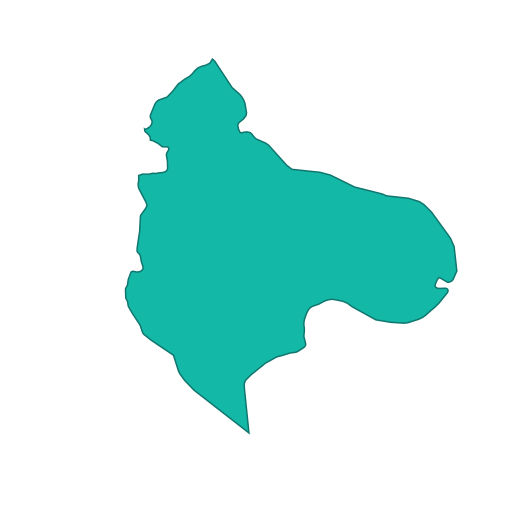 an SVG outline of Aleppo, rotated 38°
{"feature_id": "SYR-137", "entity_name": "Aleppo", "entity_type": "Province", "adm_level": 1, "iso_a3": "SYR", "parent_name": "Syria", "parent_adm1": "", "projection": "robinson", "projection_center": [37.495, 36.172], "detail": "fine", "context": "isolated", "style": "filled", "palette": "teal", "viewbox_px": 512, "rotation_deg": 38, "n_neighbors": 0, "source": "natural_earth", "source_scale": "10m", "svg_char_len": 3274}
<svg xmlns="http://www.w3.org/2000/svg" viewBox="0 0 512 512"><g transform="rotate(38 256 256)"><path d="M356.9,112.1L367.5,113.4L398.3,122.3L406.3,126.6L423.5,144.2L425.7,152.9L425.8,153.7L425.7,154.6L425.4,155.8L424.4,157.6L423.7,158.3L422.9,158.8L414.8,159.9L414.1,160.1L413.5,160.4L413.4,161.5L413.5,163.1L414.3,166.6L414.9,168.2L415.4,169.3L416.0,169.7L416.6,169.9L417.3,169.9L418.0,169.9L419.3,169.4L420.9,168.3L424.8,165.0L425.9,164.4L426.6,164.2L427.3,164.2L428.0,164.5L428.5,164.9L428.9,165.4L429.1,166.0L429.3,166.6L429.4,167.4L429.2,180.5L428.5,186.0L427.3,191.7L427.3,191.8L426.1,198.4L425.1,201.8L423.2,205.6L417.0,214.7L415.6,216.3L413.7,218.0L403.0,225.3L389.8,232.5L363.0,236.8L356.9,237.0L352.4,238.2L345.7,241.5L343.0,243.0L342.1,243.7L340.3,245.6L338.6,247.9L337.1,250.7L335.1,255.3L331.6,260.7L331.0,262.0L330.6,263.4L330.4,264.8L330.6,267.2L331.2,270.3L333.2,276.1L334.7,278.9L336.2,280.9L338.6,283.2L340.7,285.9L342.8,289.4L342.9,289.6L349.4,294.8L350.0,295.8L350.2,296.9L350.0,298.9L349.7,299.9L349.4,300.7L349.1,301.2L348.4,303.6L347.3,306.3L346.9,306.9L346.1,307.9L342.9,311.1L336.7,319.9L336.2,320.4L335.4,321.4L334.0,323.8L329.4,334.6L325.3,352.4L324.4,359.3L324.4,360.2L324.5,361.2L324.9,362.5L325.2,363.4L325.6,364.1L328.0,367.1L359.4,399.8L289.9,399.9L276.1,397.9L268.8,395.8L266.1,394.6L255.3,387.2L255.2,387.1L252.0,385.0L225.3,386.9L215.8,386.8L214.6,386.5L213.2,385.8L207.4,381.9L193.5,377.2L186.7,374.4L185.9,373.9L183.4,371.5L182.4,370.8L181.5,370.3L180.2,369.8L179.3,369.3L174.2,363.3L173.3,362.0L172.7,358.5L172.2,357.2L171.2,355.7L169.7,352.9L167.4,345.5L168.2,344.1L169.2,343.3L171.1,342.5L171.6,342.2L172.6,341.4L173.4,340.6L174.0,339.9L174.6,338.7L174.8,338.0L174.9,337.2L174.9,336.4L174.8,335.7L174.3,334.9L173.5,334.0L168.8,330.8L165.5,327.7L163.5,326.4L161.0,326.1L160.2,325.8L159.5,325.6L158.5,324.4L157.2,322.5L149.0,308.0L140.3,295.6L140.1,294.8L140.0,294.1L140.0,292.4L139.7,286.3L139.4,284.9L139.1,283.5L138.1,282.6L136.5,281.5L123.0,275.4L121.5,274.5L120.0,273.2L118.5,271.5L117.4,269.1L114.0,264.8L116.0,261.5L121.5,257.2L122.3,256.2L123.1,255.1L123.9,254.2L124.3,253.9L124.6,253.7L126.2,252.8L126.6,252.3L127.8,250.8L131.1,247.6L131.9,246.5L132.6,245.3L132.9,244.6L133.0,243.8L133.0,242.8L132.4,241.4L128.1,236.1L123.2,231.6L122.3,229.9L121.9,226.9L121.7,226.2L121.5,225.6L121.1,225.1L120.6,224.6L119.8,224.5L118.7,224.8L115.3,227.4L114.4,227.6L109.2,227.6L103.6,228.7L101.5,229.8L99.6,227.6L97.0,226.6L91.6,226.1L90.0,224.5L90.7,224.5L91.7,222.7L92.7,219.8L92.8,218.0L92.6,216.6L92.1,215.2L91.3,213.9L90.6,213.4L88.0,212.2L86.9,211.3L86.0,209.8L83.0,199.2L82.6,195.9L83.3,193.0L88.1,185.5L88.9,177.1L88.8,168.4L91.1,160.1L93.0,155.5L93.6,151.7L93.7,147.9L94.4,143.6L96.5,139.8L99.1,136.3L100.9,132.5L100.4,127.7L101.9,127.7L103.4,127.9L103.6,127.9L133.4,138.0L143.6,138.6L146.7,139.3L149.9,140.5L153.0,142.3L155.5,144.5L160.4,149.0L161.7,151.5L161.8,155.5L160.4,161.8L161.0,164.1L164.0,166.7L167.2,168.4L168.7,168.0L170.0,166.2L172.5,163.7L175.6,162.3L178.3,162.6L180.9,163.3L183.9,163.7L194.2,161.1L197.8,160.9L224.2,165.6L230.9,165.6L243.3,157.9L254.8,150.7L264.6,146.5L291.4,140.9L317.4,129.4L321.9,128.2L324.8,126.4L340.5,116.7L351.3,112.6L356.9,112.1Z" fill="#14b8a6" stroke="#0f766e" stroke-width="1.5"/></g></svg>